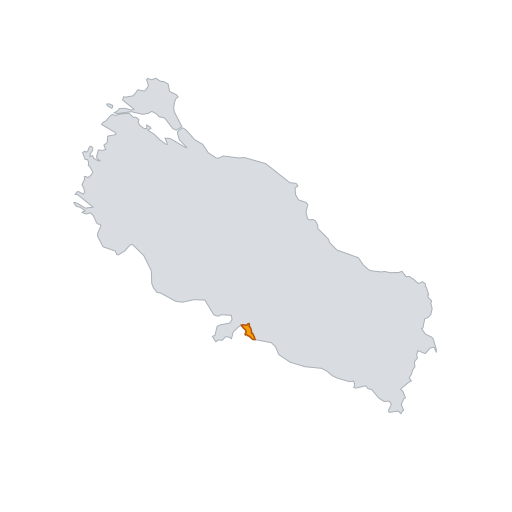 Kilis on a map of Turkey (orthographic projection), rotated 34°
{"feature_id": "TUR-4841", "entity_name": "Kilis", "entity_type": "Province", "adm_level": 1, "iso_a3": "TUR", "parent_name": "Turkey", "parent_adm1": "", "projection": "orthographic", "projection_center": [37.078, 36.822], "detail": "fine", "context": "in_parent", "style": "filled", "palette": "amber", "viewbox_px": 512, "rotation_deg": 34, "n_neighbors": 0, "source": "natural_earth", "source_scale": "10m", "svg_char_len": 4210}
<svg xmlns="http://www.w3.org/2000/svg" viewBox="0 0 512 512"><g transform="rotate(34 256 256)"><path d="M385.5,187.1L392.2,189.2L394.3,187.3L400.3,187.2L405.8,188.2L408.5,184.2L412.3,184.4L413.2,186.3L415.0,186.9L420.9,191.6L420.3,192.3L421.8,194.0L426.7,195.0L427.4,197.5L431.4,201.0L433.7,206.8L432.9,211.0L431.0,213.7L434.6,222.3L433.8,223.5L439.9,226.0L447.3,225.0L449.8,226.1L457.6,232.5L459.6,235.0L454.4,232.1L451.8,235.2L450.9,242.2L443.1,244.0L444.6,248.4L446.9,250.3L446.5,254.6L447.3,256.3L449.7,258.9L449.6,262.7L450.9,266.7L451.2,271.5L454.7,272.7L453.3,275.0L450.4,285.1L450.7,285.8L453.2,285.9L459.2,290.0L458.3,291.5L459.4,297.8L464.7,301.4L464.0,303.6L464.4,305.7L460.7,305.0L453.9,311.1L453.1,311.0L452.0,309.2L451.3,303.6L449.5,302.3L447.2,302.1L443.5,305.0L439.9,305.1L436.3,304.9L426.6,302.0L423.2,303.4L419.5,302.3L412.8,309.6L410.6,310.3L409.4,306.9L406.8,305.2L403.8,307.9L391.7,311.8L386.1,312.6L379.2,311.8L373.5,312.3L358.3,320.5L343.5,325.0L330.1,325.0L322.8,320.3L317.1,319.3L300.0,326.7L291.6,326.4L288.8,323.4L282.4,322.2L281.0,325.0L279.6,331.9L281.9,338.2L278.2,338.6L275.9,340.0L275.2,344.7L271.9,346.5L270.8,349.4L270.2,349.5L264.8,347.0L266.3,344.8L263.1,335.9L264.8,333.2L271.8,326.2L271.6,322.0L268.7,319.0L259.9,324.2L259.0,326.2L257.0,327.7L253.7,328.3L238.3,321.1L229.0,326.9L220.9,335.4L214.9,338.4L197.4,340.1L194.2,341.6L188.4,339.5L184.9,337.0L177.4,326.7L162.7,318.4L146.9,315.5L145.4,317.4L144.4,325.0L141.3,332.0L139.9,332.7L136.6,330.6L124.0,333.9L113.9,328.4L112.2,326.2L110.5,317.6L109.1,316.9L107.3,317.9L105.5,317.7L98.4,313.4L94.4,312.9L91.7,316.2L87.6,317.2L87.6,316.2L89.3,314.1L83.0,313.9L79.6,315.3L75.2,313.8L75.5,312.9L79.3,312.1L87.8,311.7L93.6,306.6L73.7,304.9L71.7,306.0L71.7,303.0L72.9,301.8L78.2,301.3L78.2,298.9L75.2,296.0L71.9,294.3L71.0,288.1L69.4,286.4L69.7,285.6L73.0,284.8L74.1,280.5L73.9,277.7L67.9,274.7L66.4,274.8L65.1,272.3L62.6,270.3L60.2,271.4L54.3,267.1L55.7,264.7L57.3,264.9L57.8,262.9L57.0,259.4L57.3,257.6L58.7,257.3L60.3,257.8L61.6,260.0L61.4,263.9L62.8,266.4L64.2,264.2L67.0,265.8L72.3,265.2L73.4,264.3L69.6,264.0L68.3,262.9L66.0,256.2L69.3,254.6L71.9,251.8L67.9,249.2L69.2,245.0L66.0,239.6L71.7,233.9L71.5,232.9L70.0,232.4L54.4,233.3L54.5,230.5L56.0,228.1L56.6,222.1L57.7,218.9L60.6,218.2L64.6,213.8L70.9,208.7L76.6,209.5L79.1,208.1L82.6,208.4L83.4,210.7L86.2,212.6L91.6,212.9L94.3,211.7L92.1,208.6L95.3,208.1L97.6,208.9L96.0,211.9L96.7,212.2L103.7,212.0L110.9,213.4L119.0,213.7L120.1,212.8L114.7,209.2L118.5,206.8L120.6,206.5L137.6,205.4L137.8,204.7L127.6,202.6L122.6,198.5L121.4,196.4L122.8,191.8L124.1,190.6L127.8,190.7L140.2,193.9L149.2,193.2L158.8,197.1L168.3,197.0L170.3,195.7L173.0,191.3L186.7,184.5L191.5,180.8L212.4,174.0L243.1,176.3L248.5,173.4L251.6,174.5L250.7,176.5L250.8,178.3L254.4,183.0L259.9,185.7L267.5,183.6L270.3,184.5L272.9,191.7L277.6,196.0L279.9,196.4L282.8,193.9L285.6,193.6L290.1,196.1L291.7,198.6L306.5,201.5L309.6,203.7L319.7,205.8L341.8,200.2L350.1,203.5L356.9,204.4L359.8,203.8L368.6,199.3L371.3,196.9L376.8,194.7L383.6,189.8L385.5,187.1ZM102.5,167.6L101.6,170.7L102.5,174.3L105.1,179.5L107.9,182.3L122.2,190.2L119.5,196.3L115.7,196.9L103.2,192.7L97.7,194.8L94.1,193.8L88.7,194.4L86.9,198.0L82.8,201.9L71.9,206.1L61.3,215.5L58.4,216.5L60.1,213.1L60.3,210.0L64.9,206.8L71.0,204.7L72.7,202.5L58.2,201.3L57.2,197.9L58.8,197.5L64.2,192.3L64.9,190.0L65.1,184.3L71.2,181.7L71.8,180.4L71.6,174.8L66.6,170.9L66.9,169.4L70.9,168.3L73.5,164.7L79.2,164.5L82.0,163.0L86.9,162.5L92.4,167.9L99.7,166.8L102.5,167.6ZM53.7,214.3L48.7,214.5L47.3,213.5L49.1,212.0L53.0,211.3L54.0,213.1L53.7,214.3Z" fill="#d9dde1" stroke="#a8b0b8" stroke-width="1"/><path d="M302.0,325.8L300.3,326.9L299.3,326.9L295.6,326.3L295.1,326.3L293.7,326.7L293.3,326.6L292.9,326.5L292.5,326.5L292.1,326.7L291.7,327.0L291.6,327.3L291.3,327.4L290.9,327.1L290.5,326.7L290.4,326.4L290.6,325.5L290.6,324.9L290.4,324.5L289.7,323.9L289.4,323.6L288.9,323.3L288.5,323.1L288.0,323.0L286.6,322.9L282.5,321.5L283.7,320.3L285.6,319.4L287.1,318.4L287.3,316.5L288.0,315.9L288.8,316.4L289.5,318.0L291.0,318.3L292.8,319.4L294.7,321.3L295.6,322.5L296.3,322.1L297.9,322.9L300.0,324.1L302.0,325.8Z" fill="#f59e0b" stroke="#b45309" stroke-width="1.5"/></g></svg>